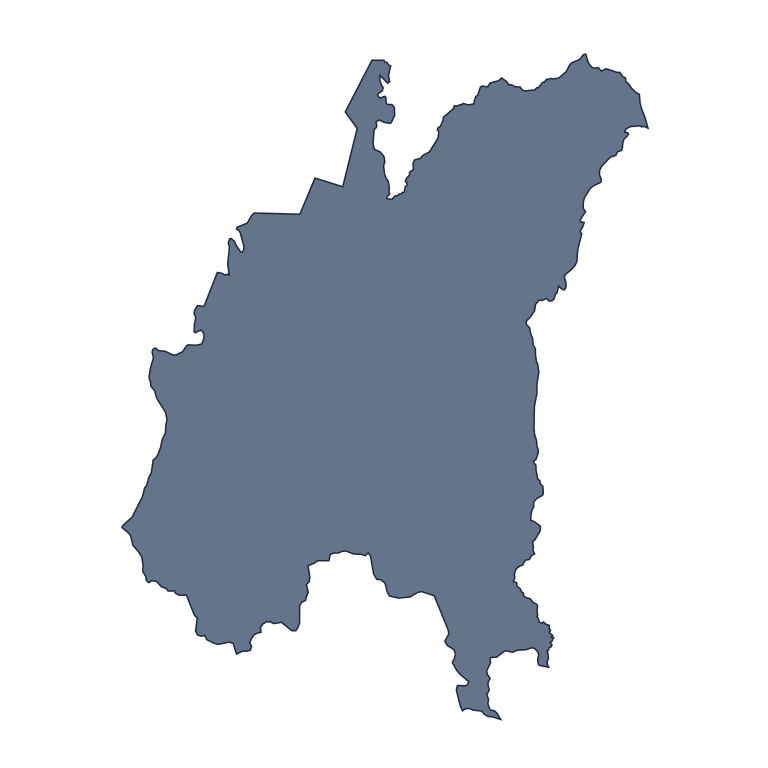 Machadinho D'Oeste, Rondônia, Brazil (Robinson projection), rotated 181°
{"feature_id": "56859067B12494646191550", "entity_name": "Machadinho D'Oeste", "entity_type": "district", "adm_level": 2, "iso_a3": "BRA", "parent_name": "Brazil", "parent_adm1": "Rondônia", "projection": "robinson", "projection_center": [-62.078, -9.19], "detail": "fine", "context": "isolated", "style": "filled", "palette": "slate", "viewbox_px": 768, "rotation_deg": 181, "n_neighbors": 0, "source": "geoboundaries", "source_scale": "gbopen_adm2", "svg_char_len": 6143}
<svg xmlns="http://www.w3.org/2000/svg" viewBox="0 0 768 768"><g transform="rotate(181 384 384)"><path d="M188.0,717.4L190.4,716.8L193.8,712.1L202.3,708.2L204.4,705.6L206.9,699.9L214.4,693.1L219.5,692.0L223.1,692.5L224.8,691.3L226.5,691.7L229.1,688.6L230.6,688.5L234.9,682.9L236.6,682.8L238.3,680.7L248.1,679.5L250.5,680.0L253.1,683.3L257.7,683.5L262.3,685.5L264.1,685.1L266.8,688.7L271.8,692.1L274.8,689.2L283.1,686.8L285.5,683.0L291.2,683.6L292.8,682.5L295.2,674.5L297.2,673.0L298.6,669.2L298.9,665.7L304.5,664.5L309.9,666.0L310.6,664.6L312.3,664.8L316.0,663.1L318.6,663.4L319.1,660.8L329.2,651.8L329.8,648.2L332.1,642.6L334.3,641.3L335.1,639.3L333.6,636.9L334.3,630.8L342.7,616.8L349.3,613.1L351.4,610.3L357.4,608.6L358.9,604.7L358.3,599.1L362.2,596.1L362.1,593.5L365.3,589.8L366.2,586.9L364.1,584.3L364.5,582.8L366.0,582.2L367.3,575.9L369.2,575.8L370.3,574.3L372.4,574.2L373.5,572.7L376.1,572.3L379.2,568.9L384.1,569.2L384.5,570.8L381.6,574.0L382.3,575.7L382.2,581.5L383.5,586.9L386.7,592.3L387.2,594.9L388.2,602.1L387.0,606.5L388.0,611.5L391.9,616.0L397.8,618.6L399.1,624.1L398.4,638.1L396.2,640.2L395.7,642.5L396.7,645.8L393.5,647.9L387.7,645.4L382.8,644.7L381.4,645.2L378.0,652.8L378.4,660.3L379.5,662.3L381.1,663.6L385.3,663.5L386.7,664.8L387.2,670.6L388.3,671.7L392.9,669.8L395.2,672.2L395.2,673.9L390.7,677.1L390.0,680.2L392.2,683.7L393.5,688.2L393.4,692.4L385.5,684.8L383.6,686.3L384.9,692.5L382.9,702.1L385.2,703.3L386.6,705.6L388.6,705.7L389.7,707.7L401.7,707.5L427.5,655.3L415.3,639.0L428.7,580.5L456.6,588.7L471.1,552.3L516.0,552.7L517.4,552.3L519.5,549.8L523.5,542.5L533.6,538.2L534.2,536.1L531.8,535.1L530.4,532.6L526.5,519.6L526.7,515.3L528.0,513.3L529.5,513.4L534.1,519.8L535.9,523.8L539.3,526.8L540.8,526.5L542.2,522.4L540.9,518.4L542.4,501.2L540.7,490.3L542.5,491.0L545.4,490.4L548.4,492.0L552.6,492.6L565.1,459.1L566.5,458.4L571.8,459.2L574.3,455.2L575.2,451.4L573.3,446.9L574.6,440.6L574.8,432.8L573.6,432.0L568.0,434.8L565.9,432.6L564.9,430.2L564.8,426.9L566.8,420.9L572.4,419.5L580.8,419.7L582.5,418.3L585.8,412.9L592.3,409.5L595.8,409.4L603.6,413.0L610.1,413.4L612.8,415.8L614.4,415.7L615.9,414.1L616.4,411.8L615.0,406.2L617.8,396.0L619.0,387.2L618.7,384.8L617.7,382.9L617.0,377.6L613.0,373.0L612.0,368.5L609.7,363.6L602.0,352.1L600.3,344.6L601.4,339.2L601.8,330.9L604.8,324.8L606.3,316.7L608.9,309.3L610.7,306.3L613.5,304.0L615.1,291.2L617.6,286.2L619.5,278.5L621.6,275.9L623.4,267.6L633.4,246.7L643.1,237.4L643.5,235.9L636.3,230.1L634.6,227.4L632.2,218.3L626.0,211.3L623.3,207.2L621.7,198.3L621.9,192.3L618.7,187.2L618.5,184.0L617.2,182.4L615.7,181.3L612.7,183.2L607.9,182.6L603.1,177.4L597.9,175.6L596.3,173.2L589.8,173.4L589.4,171.6L585.4,169.3L577.8,169.4L569.6,149.6L566.6,146.7L568.1,133.7L566.2,129.9L562.6,128.7L558.8,129.2L556.7,125.3L549.5,121.8L545.6,120.7L534.2,123.2L530.4,122.1L526.7,111.4L520.6,114.5L516.8,114.4L513.0,115.4L511.8,119.4L513.8,123.3L511.8,127.5L509.6,130.9L506.2,132.8L502.6,133.6L503.3,138.2L500.9,142.0L497.4,144.2L493.6,144.2L490.0,142.5L482.3,143.9L471.8,135.7L467.8,135.8L465.6,139.4L464.2,143.7L464.5,161.1L462.3,164.4L458.6,166.3L457.9,170.5L456.1,174.2L458.1,182.1L455.3,185.0L454.8,189.3L456.7,201.0L450.4,203.7L447.4,206.1L436.0,206.4L434.7,212.7L430.8,214.2L426.5,214.2L423.1,215.9L419.3,216.4L411.6,213.6L403.4,213.2L399.7,212.0L396.8,214.9L394.5,211.7L391.2,194.3L387.9,188.6L383.6,188.1L379.6,185.1L377.1,176.1L374.9,172.1L365.6,170.2L354.3,171.5L346.7,176.2L342.9,177.1L330.1,173.2L315.7,139.5L314.8,135.5L318.7,127.9L316.1,123.6L309.6,119.7L307.8,115.3L308.9,110.6L310.9,106.8L306.1,98.7L303.1,95.2L294.0,87.8L296.2,83.7L305.4,83.8L306.3,79.0L302.0,63.1L299.8,58.6L296.5,60.8L292.7,61.0L289.2,59.5L280.6,58.6L277.7,55.3L273.8,53.3L270.1,53.2L261.4,50.6L265.5,57.1L267.8,59.1L272.2,60.0L274.6,66.2L273.9,70.4L275.8,75.1L273.4,79.8L274.8,84.9L274.6,87.6L272.8,91.4L275.4,95.2L276.4,98.9L272.5,107.3L273.2,109.9L272.7,112.3L266.5,112.9L259.2,118.7L257.3,119.4L250.8,118.0L245.9,120.1L237.5,120.8L231.3,122.9L228.5,122.0L225.0,118.0L224.7,115.4L225.6,110.9L224.9,106.6L223.6,105.3L214.4,103.7L215.8,106.6L216.1,109.5L214.9,111.3L215.2,117.0L216.4,119.4L214.9,120.5L214.4,123.0L212.2,124.3L211.5,126.3L213.4,128.5L211.6,129.7L209.9,133.4L212.2,133.7L210.9,135.4L214.5,138.7L213.2,140.5L214.5,142.7L214.6,145.6L218.1,146.8L220.2,148.9L221.5,147.7L224.5,148.5L225.8,152.7L227.4,153.9L226.3,155.2L227.0,160.0L226.6,165.2L228.4,167.1L230.7,167.8L234.0,171.8L238.7,173.1L240.8,175.0L241.0,177.4L242.3,178.1L244.6,182.1L247.6,184.1L247.8,187.6L251.3,188.7L249.8,192.6L250.4,196.6L248.5,201.6L244.7,204.6L242.3,205.2L239.6,210.3L235.6,211.1L233.6,214.8L230.4,216.8L232.2,220.5L231.8,222.7L232.5,229.3L230.4,230.8L225.8,238.7L225.0,241.4L225.2,244.6L231.0,248.8L235.0,250.5L234.8,255.7L234.1,259.8L232.3,263.3L232.2,268.6L229.1,272.3L223.6,275.4L222.8,277.2L223.3,284.4L225.8,286.8L226.6,290.3L228.5,291.3L230.4,299.8L230.7,305.4L232.9,308.0L233.1,309.5L230.8,311.1L228.6,317.5L228.7,321.1L230.1,324.7L230.4,329.6L232.5,336.2L233.2,341.8L233.2,364.4L231.0,376.8L231.1,386.8L229.4,398.2L230.6,406.6L231.8,408.5L233.0,415.2L233.2,421.7L235.5,426.0L236.3,432.3L238.7,438.5L239.2,442.6L242.8,446.1L242.8,449.6L239.0,453.2L234.7,459.9L233.9,466.2L230.5,470.5L227.4,470.3L223.1,472.3L220.7,469.9L217.6,470.0L215.5,471.9L214.1,476.7L212.7,478.2L211.1,484.8L207.9,482.0L205.4,481.2L203.8,483.4L203.8,488.5L205.5,493.9L204.6,496.7L199.1,501.2L195.0,505.9L193.2,510.0L192.7,521.5L188.9,537.6L190.7,540.2L188.4,543.7L186.6,548.9L190.3,549.8L190.7,551.5L185.5,559.8L187.9,563.1L187.8,569.8L186.7,573.9L181.4,582.9L177.9,585.9L170.6,589.5L170.4,592.9L172.2,596.9L172.2,601.0L170.5,605.0L163.0,613.4L161.1,614.9L156.3,616.5L154.4,620.4L150.7,621.6L149.9,623.1L149.3,630.1L148.1,633.4L145.4,635.6L144.0,638.0L144.7,639.4L147.7,640.0L146.5,643.3L141.9,645.7L132.3,646.6L131.2,645.6L128.1,646.0L124.5,644.4L127.8,655.4L131.5,664.3L132.9,669.6L133.7,678.0L138.0,680.5L141.3,683.7L145.0,688.7L147.3,690.4L147.9,694.3L150.7,695.5L153.7,699.8L156.1,699.6L167.3,703.1L172.1,700.7L175.3,704.1L179.2,703.4L181.8,704.3L185.5,709.2L188.0,717.4Z" fill="#64748b" stroke="#1e293b" stroke-width="1.5"/></g></svg>